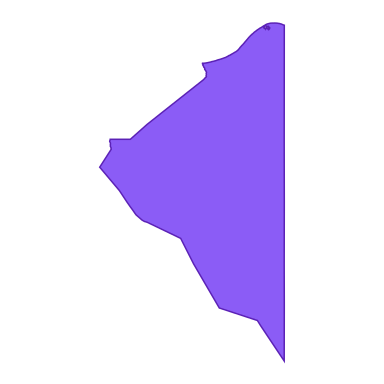 the district of Iriona, Colón, Honduras
{"feature_id": "27666195B61075928676863", "entity_name": "Iriona", "entity_type": "district", "adm_level": 2, "iso_a3": "HND", "parent_name": "Honduras", "parent_adm1": "Colón", "projection": "equal_earth", "projection_center": [-85.194, 15.529], "detail": "fine", "context": "isolated", "style": "filled", "palette": "violet", "viewbox_px": 384, "rotation_deg": 0, "n_neighbors": 0, "source": "geoboundaries", "source_scale": "gbopen_adm2", "svg_char_len": 4361}
<svg xmlns="http://www.w3.org/2000/svg" viewBox="0 0 384 384"><path d="M284.2,361.0L284.3,305.6L284.2,263.9L284.3,202.3L284.2,140.9L284.3,25.2L284.0,25.2L283.7,25.1L283.3,24.9L283.1,24.8L283.0,24.7L282.4,24.5L281.0,23.9L280.6,23.9L279.5,23.5L278.4,23.4L277.7,23.2L277.2,23.2L276.4,23.1L275.5,23.1L274.8,23.0L274.0,23.1L272.5,23.1L271.8,23.1L270.2,23.2L269.2,23.5L268.1,23.7L267.6,23.9L267.1,24.0L266.2,24.4L265.8,24.6L265.3,24.9L265.1,25.1L265.1,25.4L265.1,25.5L265.3,25.5L265.4,25.4L265.2,25.9L265.1,26.1L265.4,26.0L265.5,25.8L265.6,25.7L266.0,25.8L266.3,26.1L266.4,26.4L266.5,26.5L266.8,26.6L267.1,26.6L267.4,26.5L267.9,26.2L268.0,26.2L268.4,26.3L268.5,26.4L268.6,26.5L268.7,26.8L268.7,27.2L268.6,27.4L268.7,27.5L268.8,27.6L269.1,27.4L269.3,27.4L269.4,27.5L269.5,27.6L269.7,27.8L269.8,27.9L269.8,28.0L269.7,28.1L269.5,28.3L269.4,28.5L269.4,28.9L269.2,29.1L269.0,29.4L268.8,29.6L268.7,29.7L268.3,29.3L268.2,29.3L268.2,29.1L268.1,28.9L267.9,28.8L267.7,28.6L267.4,28.3L267.2,28.3L267.1,28.2L267.1,27.9L266.8,27.6L266.6,27.5L266.6,27.8L266.6,28.0L266.4,28.0L266.2,28.1L266.3,28.2L266.7,28.3L266.8,28.3L266.9,28.5L266.7,28.6L266.3,28.5L266.2,28.5L266.2,28.4L266.1,28.2L265.8,28.1L265.5,28.0L265.3,28.0L265.2,28.0L265.2,28.5L265.0,28.2L264.9,28.2L264.8,28.6L264.7,28.6L264.3,28.3L264.1,28.1L263.9,27.9L263.8,27.7L263.9,27.3L264.2,26.8L264.7,26.2L264.8,26.1L265.0,25.7L265.0,25.4L265.0,25.2L263.8,25.8L263.4,26.1L263.0,26.3L262.6,26.6L261.1,27.6L260.6,27.8L260.2,28.0L259.7,28.3L259.3,28.6L258.6,29.1L258.3,29.3L257.3,29.9L257.0,30.2L256.7,30.4L256.3,30.7L256.0,31.0L255.8,31.1L255.4,31.4L255.0,31.7L254.3,32.2L254.1,32.4L254.0,32.5L253.9,32.6L253.5,33.0L253.1,33.4L252.6,33.8L252.3,34.0L252.2,34.0L252.0,34.3L251.8,34.6L251.7,34.6L251.4,34.8L250.9,35.3L250.4,35.7L249.9,36.4L249.4,36.9L249.0,37.2L248.6,37.7L248.2,38.2L247.6,38.9L247.3,39.4L246.9,39.7L246.3,40.5L246.0,40.8L245.7,41.2L245.5,41.4L245.1,41.8L245.0,42.0L244.7,42.3L244.6,42.5L244.2,42.9L244.1,43.2L244.0,43.3L243.6,43.6L243.3,44.0L242.8,44.6L242.5,44.9L242.2,45.1L241.9,45.5L241.6,45.7L241.5,45.8L241.4,46.0L241.1,46.4L240.9,46.6L240.5,47.0L240.2,47.3L239.9,47.7L239.5,48.3L238.3,49.7L238.0,50.1L237.9,50.2L237.6,50.3L237.5,50.5L237.1,50.8L236.6,51.2L236.2,51.5L235.8,51.8L235.6,51.9L234.9,52.2L234.7,52.4L234.5,52.5L234.1,52.7L233.5,53.1L233.0,53.4L232.7,53.6L232.4,53.7L232.1,53.8L231.9,54.0L231.4,54.4L231.3,54.5L231.0,54.5L230.8,54.6L230.6,54.7L230.3,55.0L229.8,55.3L229.6,55.3L229.2,55.4L228.9,55.6L228.6,55.7L228.3,56.0L227.7,56.3L226.0,57.2L225.4,57.5L224.8,57.7L224.3,57.8L224.1,57.9L223.9,58.0L223.7,58.1L222.5,58.5L222.2,58.6L221.8,58.7L221.5,58.9L221.1,59.0L220.4,59.2L220.0,59.3L219.7,59.4L219.3,59.6L219.1,59.6L218.8,59.7L218.5,59.7L218.3,59.7L218.1,59.8L217.6,60.0L216.7,60.3L216.2,60.5L215.8,60.7L215.5,60.8L215.2,60.8L214.8,60.9L214.6,61.0L213.8,61.2L213.4,61.3L211.8,61.6L211.4,61.8L210.7,62.0L210.2,62.1L209.8,62.2L208.9,62.4L208.3,62.5L207.9,62.6L207.1,62.8L206.5,62.9L206.2,62.9L205.3,63.1L203.9,63.2L203.4,63.2L203.1,63.2L202.9,63.2L202.6,63.2L202.6,63.3L202.9,63.4L202.9,63.5L203.1,63.6L203.1,63.8L202.8,63.9L202.6,64.0L203.0,64.5L203.1,64.8L202.9,65.1L202.9,65.3L203.0,65.5L203.3,65.8L203.5,66.2L203.6,66.5L203.8,67.1L203.9,67.3L204.1,67.4L204.2,67.5L204.4,67.7L204.5,67.8L204.6,68.3L204.7,68.5L204.7,69.2L204.7,69.3L204.8,69.4L205.0,69.8L205.2,70.0L205.3,70.2L205.5,70.4L205.7,70.6L205.8,70.8L205.9,71.2L206.3,71.8L206.4,72.0L206.5,72.3L206.5,72.5L206.4,72.8L206.3,73.0L206.2,73.3L206.2,73.5L206.4,74.2L206.4,74.4L206.4,74.5L206.2,75.2L206.1,75.3L206.1,75.5L206.3,76.1L206.3,76.3L206.4,76.6L206.3,76.8L206.2,77.0L205.6,77.3L205.2,77.8L203.6,79.6L161.8,112.7L147.2,124.3L130.3,139.3L110.2,139.3L110.2,139.5L110.1,139.8L109.9,140.5L109.8,140.8L109.7,141.0L109.7,141.3L109.7,141.5L109.8,141.8L110.1,142.3L110.3,142.6L110.4,142.9L110.4,143.0L110.4,143.4L110.5,143.6L110.5,144.1L110.4,144.4L110.3,144.7L110.4,145.0L110.4,145.3L110.4,145.5L110.4,145.8L110.3,146.1L110.4,146.3L110.6,146.8L110.7,147.1L110.9,147.4L111.0,147.6L111.1,148.3L111.1,148.5L111.0,148.8L111.1,149.0L111.2,149.3L99.7,167.2L119.4,190.6L127.2,202.4L130.3,206.8L132.8,210.2L135.0,213.4L136.1,214.9L140.7,218.9L141.9,220.0L144.5,221.5L146.1,221.9L146.6,222.1L147.0,222.2L180.7,238.4L193.6,263.9L215.7,301.8L219.3,308.0L257.4,320.5L260.5,325.5L284.2,361.0Z" fill="#8b5cf6" stroke="#5b21b6" stroke-width="1.5"/></svg>